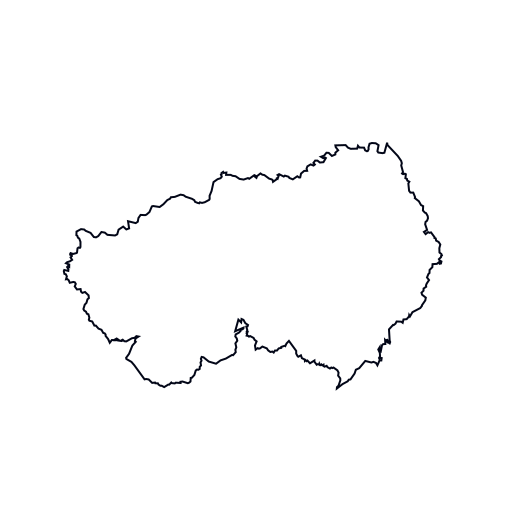 the district of Autlán de Navarro, Jalisco, Mexico, rotated 297°
{"feature_id": "50627088B11139990760987", "entity_name": "Autlán de Navarro", "entity_type": "district", "adm_level": 2, "iso_a3": "MEX", "parent_name": "Mexico", "parent_adm1": "Jalisco", "projection": "orthographic", "projection_center": [-104.329, 19.757], "detail": "fine", "context": "isolated", "style": "outline", "palette": "ink", "viewbox_px": 512, "rotation_deg": 297, "n_neighbors": 0, "source": "geoboundaries", "source_scale": "gbopen_adm2", "svg_char_len": 6102}
<svg xmlns="http://www.w3.org/2000/svg" viewBox="0 0 512 512"><g transform="rotate(297 256 256)"><path d="M196.3,85.0L193.0,86.5L192.9,87.6L191.5,89.0L191.3,90.6L188.9,93.2L184.3,95.5L183.3,95.4L183.0,94.0L181.8,93.5L177.7,95.0L177.0,94.6L174.8,92.1L174.4,89.5L173.3,89.5L172.7,90.0L173.0,91.5L172.3,92.0L170.6,91.4L169.1,93.9L166.8,92.6L164.7,90.5L163.3,90.0L163.6,93.5L161.5,94.5L161.6,93.0L160.4,92.7L159.0,94.9L157.5,95.5L156.5,91.5L155.3,91.6L153.1,93.4L153.4,94.8L152.0,96.7L149.0,97.3L149.8,98.4L149.3,100.2L147.6,102.2L150.0,105.1L150.3,106.6L149.3,108.1L146.6,108.3L144.9,111.7L146.9,114.7L144.8,116.3L144.3,118.0L146.3,120.0L144.9,124.7L142.6,126.2L140.9,125.5L137.3,126.2L134.9,125.5L130.4,126.3L129.4,127.7L129.2,129.8L127.8,131.5L128.0,133.1L125.4,135.5L123.3,136.0L122.7,137.0L123.3,139.8L120.6,143.6L121.3,144.9L119.8,148.6L120.1,151.8L118.1,154.8L118.4,156.2L117.8,157.6L116.5,158.3L114.9,161.9L112.3,165.1L115.7,165.7L116.6,167.6L119.2,169.3L119.0,170.9L117.8,170.2L118.7,171.8L119.6,172.2L118.3,172.1L119.2,174.8L119.7,175.2L119.9,174.5L120.9,175.2L120.3,177.4L121.0,179.2L126.4,182.8L128.0,185.0L130.3,185.8L130.9,187.9L127.8,186.1L125.1,186.8L124.9,187.8L120.1,186.5L111.2,187.3L106.3,186.5L105.4,187.3L105.1,193.1L103.4,197.2L95.5,212.7L96.5,213.9L97.3,216.4L95.8,221.1L97.4,223.5L96.9,224.1L98.0,226.4L97.2,227.5L97.0,229.7L97.6,230.8L97.5,233.7L101.6,236.2L102.0,237.1L104.7,237.9L104.4,238.4L105.6,241.5L106.7,242.0L108.6,246.4L109.6,245.8L110.8,247.5L111.7,253.0L112.9,254.0L114.4,254.6L117.7,253.2L118.4,254.1L122.0,255.1L126.6,254.3L128.1,255.0L128.4,256.2L129.8,257.1L131.7,256.2L133.5,256.7L136.0,254.9L138.0,255.0L139.3,253.6L141.4,253.4L141.9,255.3L140.5,261.8L141.9,269.3L146.9,271.8L150.9,275.7L157.0,279.6L157.2,280.6L161.1,281.6L163.1,280.2L165.7,279.9L168.8,277.3L172.0,277.8L173.8,276.3L174.9,274.1L176.9,273.5L180.0,275.6L182.3,276.3L183.4,275.8L184.5,277.2L185.7,277.7L186.5,277.4L179.5,271.6L191.3,269.2L190.1,272.9L193.3,271.7L193.4,273.8L191.3,277.0L190.9,280.2L189.5,280.4L188.7,279.4L185.9,282.0L184.7,282.0L184.6,283.0L183.0,282.6L182.5,283.6L180.8,283.8L181.3,285.9L181.0,286.4L182.0,287.2L181.9,291.1L180.7,292.7L180.2,295.3L175.8,295.7L172.4,298.2L174.7,299.4L174.7,300.6L175.5,301.5L178.2,302.8L178.6,307.6L177.4,309.7L177.0,312.4L178.3,314.0L178.0,315.6L180.4,315.8L181.3,317.6L184.0,318.2L185.6,320.2L186.5,319.8L189.2,322.5L189.1,323.0L191.9,322.9L195.3,323.9L189.7,334.9L187.3,336.1L185.7,338.4L185.4,339.4L187.9,341.1L185.8,343.3L185.9,346.4L184.7,347.2L185.7,347.6L185.3,348.9L186.2,349.3L184.9,352.8L189.4,355.5L188.3,356.1L186.7,359.4L187.4,359.7L187.9,361.4L188.8,361.3L187.8,362.5L188.1,363.3L189.1,363.5L188.8,364.9L189.8,365.5L188.6,366.3L188.5,367.3L190.2,368.8L189.4,370.1L189.3,373.0L190.8,373.7L190.8,374.9L191.8,375.7L191.1,380.4L189.6,382.5L186.7,383.5L185.2,386.6L183.5,387.6L177.9,388.4L175.9,387.7L174.6,388.2L181.2,391.3L186.0,394.6L187.9,394.8L188.9,396.2L196.0,397.2L200.0,396.6L202.9,398.9L212.1,401.0L213.5,407.2L215.0,408.7L215.2,411.5L213.7,413.8L219.0,413.5L219.8,415.1L222.1,414.3L221.6,412.8L220.5,412.5L221.0,411.9L222.9,412.1L225.9,410.3L228.2,407.4L230.6,407.6L228.5,408.6L227.9,410.4L233.7,408.8L235.2,409.3L236.3,411.2L239.9,409.1L239.2,411.2L240.5,410.6L240.9,411.1L239.0,413.2L238.8,414.8L240.3,414.6L241.3,413.5L251.0,407.8L256.8,409.4L256.9,410.0L259.0,411.0L261.5,411.0L263.4,415.2L263.1,417.0L266.4,416.2L268.1,418.9L271.7,419.8L272.8,419.4L272.0,420.6L277.0,420.9L284.2,426.0L286.9,426.5L287.4,426.2L293.3,427.0L296.0,426.2L296.9,421.6L298.4,420.1L301.1,421.0L303.1,420.1L305.9,421.6L307.0,420.8L308.9,420.6L313.1,421.1L314.5,418.1L318.3,417.8L319.6,418.3L322.4,417.0L326.1,418.2L328.9,417.0L331.1,420.7L334.1,422.1L333.9,422.9L333.4,422.5L332.5,423.2L333.3,424.2L335.3,423.7L335.4,421.6L336.2,420.4L339.0,421.4L340.0,420.9L340.9,421.4L341.9,420.3L342.4,417.9L346.2,415.8L349.9,415.0L351.4,412.4L351.5,409.5L353.2,408.2L353.1,406.8L353.8,406.6L356.5,401.2L355.4,400.0L355.4,398.5L352.5,397.2L353.7,394.7L356.9,396.6L361.1,392.3L363.4,391.6L365.1,392.4L367.7,392.1L369.5,390.9L371.4,388.1L371.3,386.8L372.3,384.1L376.3,382.3L376.3,379.9L378.7,376.3L379.7,371.2L380.7,371.0L383.9,367.3L382.6,364.8L383.6,362.8L389.8,358.8L391.8,358.9L391.9,356.5L393.2,355.5L393.1,353.8L396.9,352.4L396.9,351.3L395.7,349.9L395.8,348.7L397.5,348.9L402.6,344.3L404.9,343.8L406.7,342.1L409.5,336.9L414.6,322.7L416.5,321.4L406.3,323.5L405.1,322.1L403.7,318.0L404.5,316.6L410.4,314.9L410.8,311.5L409.3,308.0L407.6,306.2L403.9,306.9L402.2,307.9L400.3,307.9L399.7,307.3L399.7,305.3L401.6,303.1L399.6,298.9L400.5,296.8L397.6,297.4L394.5,291.7L394.3,288.8L395.5,285.5L390.6,276.5L389.2,277.6L387.5,281.2L384.1,279.8L382.5,280.6L379.6,278.2L380.9,274.0L380.0,271.9L376.3,271.1L373.9,268.8L373.7,271.5L375.1,273.0L375.0,273.8L370.2,273.5L368.3,270.5L368.9,267.5L367.9,265.4L365.0,264.9L364.2,266.9L362.7,266.2L362.4,263.1L359.2,261.1L356.8,261.4L355.1,262.9L353.7,260.3L349.9,258.7L346.1,259.7L345.5,258.8L345.8,256.6L341.0,254.0L340.7,250.3L341.4,249.0L340.7,245.2L339.4,244.7L339.4,239.4L338.0,238.5L337.7,239.8L334.8,240.2L335.2,238.7L334.2,239.8L329.8,237.5L331.2,236.4L331.4,235.3L330.9,232.6L331.9,226.7L331.3,224.7L331.6,222.5L327.7,220.7L325.8,220.9L326.2,219.0L327.3,218.9L327.3,217.8L321.7,214.9L321.8,213.5L318.5,210.3L317.2,206.3L317.8,201.6L316.8,198.7L316.8,196.6L314.7,192.5L316.9,191.7L315.3,189.4L316.0,188.5L314.2,187.6L313.0,188.3L312.5,187.9L311.1,189.5L309.2,189.1L307.0,186.9L302.6,184.6L293.7,186.9L288.6,187.3L285.8,188.8L284.8,188.8L280.6,185.9L278.8,183.8L278.3,181.6L277.2,181.5L276.8,179.9L276.6,177.1L277.7,175.7L277.9,173.0L276.9,166.4L277.3,163.9L276.4,160.9L271.8,156.8L269.7,153.5L268.0,153.4L265.6,151.6L260.1,150.0L255.9,147.9L253.8,141.6L252.9,140.7L246.8,141.1L243.1,139.6L242.1,138.7L240.2,134.5L236.5,134.0L232.9,135.1L230.7,133.9L228.9,126.2L223.0,130.4L220.8,128.4L221.9,124.3L217.1,121.6L212.3,122.5L210.3,121.1L207.4,114.0L208.2,110.7L207.2,107.4L202.1,106.4L200.0,105.0L199.3,102.9L201.5,98.1L201.1,92.8L201.6,90.9L200.5,87.9L196.3,85.0Z" fill="none" stroke="#020617" stroke-width="2"/></g></svg>